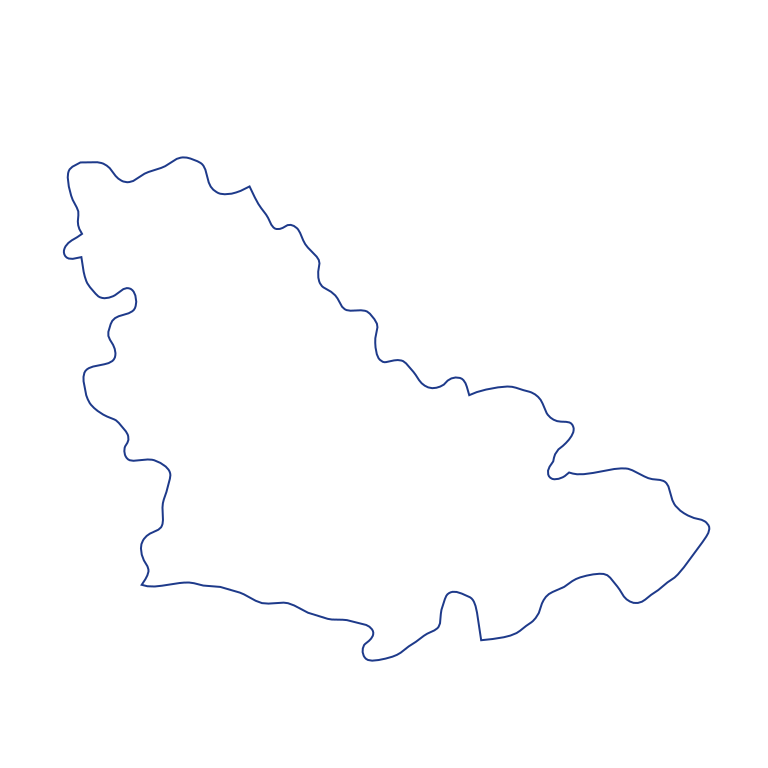 La Mata, Sánchez Ramírez, Dominican Republic, rotated 260°
{"feature_id": "3306468B26306333639139", "entity_name": "La Mata", "entity_type": "district", "adm_level": 2, "iso_a3": "DOM", "parent_name": "Dominican Republic", "parent_adm1": "Sánchez Ramírez", "projection": "orthographic", "projection_center": [-70.199, 19.067], "detail": "fine", "context": "isolated", "style": "outline", "palette": "blue", "viewbox_px": 768, "rotation_deg": 260, "n_neighbors": 0, "source": "geoboundaries", "source_scale": "gbopen_adm2", "svg_char_len": 5412}
<svg xmlns="http://www.w3.org/2000/svg" viewBox="0 0 768 768"><g transform="rotate(260 384 384)"><path d="M228.3,110.5L225.9,115.9L224.4,123.0L223.9,130.4L223.5,148.0L223.1,152.9L222.3,157.7L220.8,162.3L216.9,171.0L212.6,187.5L203.6,205.8L201.2,209.5L192.8,220.0L189.4,225.8L187.8,232.1L186.1,247.2L184.8,251.4L181.5,257.1L171.9,269.5L162.5,287.8L161.1,291.8L159.0,302.4L157.9,306.5L149.8,324.6L147.5,327.5L144.6,329.5L143.0,330.1L141.2,330.3L139.4,329.9L137.9,329.2L135.5,327.1L133.6,324.5L131.3,320.3L130.3,319.0L127.2,317.2L123.7,316.4L119.9,316.8L118.1,317.5L116.4,318.6L115.0,320.3L113.6,324.3L113.1,330.8L113.3,337.9L114.0,345.0L115.0,349.7L116.5,353.8L121.3,362.8L124.6,370.7L129.1,379.5L130.6,383.2L132.6,390.8L134.2,394.2L135.4,395.6L138.6,397.6L147.9,400.1L151.7,401.4L161.6,406.6L164.6,408.6L165.9,410.0L166.8,411.8L167.3,413.7L167.4,415.6L166.6,419.4L164.1,424.2L159.0,431.7L157.6,433.0L155.7,434.1L153.7,434.8L149.5,435.6L142.7,435.9L114.8,435.2L114.0,446.7L113.8,458.1L114.3,464.8L115.7,471.3L117.3,475.0L121.1,482.0L123.7,487.7L124.7,489.5L127.2,492.7L131.6,496.7L140.4,501.4L143.5,503.7L146.3,506.5L148.5,509.9L149.9,513.9L152.9,526.2L157.2,535.2L158.6,539.2L159.5,543.6L160.1,550.3L160.2,556.9L159.7,563.3L158.8,567.3L156.9,570.7L154.0,573.1L144.1,578.6L140.6,580.3L133.1,583.3L129.8,585.5L127.1,588.4L125.1,591.8L124.3,596.0L124.8,600.2L126.3,603.8L130.0,610.5L133.4,618.2L139.4,628.7L142.9,636.5L145.4,640.3L151.4,647.5L173.0,670.2L177.8,674.9L181.0,677.5L184.7,679.2L186.8,679.4L188.6,679.0L191.7,677.3L193.0,676.1L195.1,673.2L198.2,666.0L201.7,660.5L204.6,657.0L207.8,653.8L213.4,649.9L215.4,649.0L219.6,647.8L233.8,646.3L237.3,644.9L238.8,643.8L240.0,642.4L241.6,639.1L243.7,631.7L245.4,627.9L247.8,624.3L255.9,613.6L258.1,609.7L258.8,607.5L259.7,603.0L260.3,596.0L260.1,574.6L260.5,565.2L261.6,558.4L263.0,554.4L264.7,550.9L261.9,546.0L261.1,543.8L260.3,539.5L260.6,535.2L261.3,533.3L262.8,531.5L264.6,530.4L266.5,530.0L270.2,530.5L273.8,532.7L278.4,537.2L281.9,538.6L285.1,540.3L289.3,544.4L292.0,549.4L294.3,552.9L297.1,556.5L300.2,559.6L303.6,562.0L305.5,562.7L307.4,563.1L309.3,562.9L311.1,562.4L312.7,561.4L313.9,560.0L315.1,556.8L316.2,551.7L317.4,548.0L319.4,544.8L322.0,542.1L325.3,539.9L327.2,539.1L337.2,536.8L341.2,535.5L344.6,533.5L347.6,530.9L350.1,527.7L351.1,525.9L353.7,520.3L357.4,513.3L359.0,509.6L360.1,505.1L360.9,495.6L360.8,483.5L359.9,473.9L358.2,466.0L366.8,465.1L370.6,464.4L374.0,462.9L375.6,461.6L376.8,459.8L378.0,455.6L377.8,451.3L376.3,447.3L373.0,442.8L371.7,438.9L371.2,434.9L371.5,430.8L373.0,426.9L375.3,423.8L378.2,421.2L381.7,419.2L387.4,416.8L390.8,415.1L400.5,409.3L403.2,406.8L404.1,405.2L405.2,401.7L405.5,398.0L405.2,389.7L405.4,388.2L406.1,386.6L408.6,384.1L410.4,383.1L414.6,382.1L421.4,382.0L426.0,382.5L430.6,383.4L441.0,387.4L444.6,387.5L449.5,385.8L455.7,382.3L458.4,379.8L459.4,378.0L460.6,374.1L462.0,363.7L463.3,359.9L464.5,358.3L467.4,356.1L476.3,353.1L479.7,351.4L484.0,347.9L489.7,341.1L491.1,339.9L494.4,338.4L496.3,338.0L500.2,337.8L506.0,338.7L514.0,341.4L517.5,341.3L521.1,339.8L531.6,332.7L535.4,330.7L539.4,329.4L547.4,327.6L551.2,326.2L552.7,325.2L555.3,322.7L556.9,319.8L557.2,316.6L555.3,311.3L554.8,308.3L555.3,305.0L556.1,303.5L557.4,302.3L560.4,300.7L567.7,298.7L571.3,297.3L578.5,293.6L583.2,291.5L590.1,289.2L601.9,285.9L599.1,276.4L598.3,271.6L597.9,267.0L598.5,260.2L599.8,255.8L600.8,254.0L602.1,252.4L605.0,249.6L608.5,247.6L612.9,246.4L626.1,245.3L630.2,244.1L632.0,243.1L633.5,241.8L635.8,238.9L639.6,232.6L641.2,229.1L642.1,225.2L642.2,223.1L641.7,219.0L636.5,206.3L635.5,202.1L633.7,188.9L632.7,184.7L627.5,172.3L627.1,168.2L627.3,166.1L628.7,162.4L629.8,160.8L632.4,158.0L635.5,155.8L644.2,151.4L647.2,148.9L649.7,145.9L650.7,144.1L652.2,140.1L654.9,123.5L652.1,114.9L650.0,111.7L648.3,110.4L646.4,109.5L642.3,108.4L633.2,107.9L623.9,108.6L619.4,109.4L611.1,112.1L607.1,112.9L603.2,112.3L597.2,110.7L593.4,110.4L589.5,110.9L584.3,112.7L581.8,107.2L579.7,101.5L577.7,97.6L574.9,94.3L573.1,93.0L571.1,92.0L569.2,91.6L567.2,91.7L565.3,92.3L563.6,93.5L562.3,95.3L561.3,99.2L561.5,108.0L546.6,107.7L541.7,108.0L537.0,108.7L534.7,109.3L530.3,111.3L522.9,115.7L519.9,117.9L518.7,119.4L517.7,121.4L517.0,123.6L516.8,128.1L517.5,132.5L518.2,134.6L522.7,143.8L523.1,147.4L522.6,149.2L521.7,151.0L520.1,152.5L518.3,153.5L514.3,154.5L508.0,154.3L504.0,153.0L502.1,152.0L500.4,150.5L499.3,148.7L498.0,144.8L496.8,134.5L495.6,130.6L493.4,127.4L490.4,125.2L483.2,121.6L479.2,120.9L475.2,121.8L469.6,124.0L465.4,124.9L461.0,124.9L458.9,124.4L456.9,123.6L455.1,122.2L453.8,120.5L452.4,116.4L452.0,112.0L451.7,100.5L450.9,96.2L450.1,94.2L448.8,92.3L447.1,90.9L443.2,89.3L438.8,88.6L424.6,88.8L420.4,89.6L416.3,90.9L414.3,91.9L410.6,94.4L407.2,97.3L402.6,102.2L400.0,105.7L395.9,112.3L394.7,113.8L391.7,116.1L382.1,121.6L378.7,122.8L376.9,123.0L373.4,122.6L370.7,121.1L367.6,118.3L366.2,117.5L362.9,116.6L359.3,116.6L357.6,117.0L355.9,117.7L354.3,118.8L353.1,120.3L351.9,123.9L350.7,138.2L349.7,142.4L348.8,144.5L345.1,150.1L340.6,154.7L337.1,156.9L335.2,157.6L333.1,157.9L331.3,157.8L327.9,156.7L315.5,151.0L308.5,147.1L304.9,145.5L300.8,144.4L288.4,142.7L284.7,141.6L283.1,140.7L281.6,139.6L279.7,136.5L277.3,127.5L275.6,123.9L273.2,120.8L271.8,119.5L268.4,117.3L264.3,116.1L258.0,115.8L252.0,116.9L245.5,119.4L242.2,119.8L240.2,119.5L236.6,117.7L233.2,115.1L228.3,110.5Z" fill="none" stroke="#1e3a8a" stroke-width="2"/></g></svg>